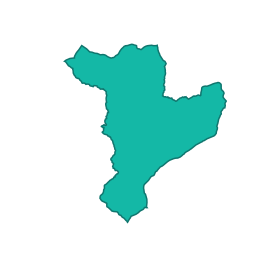 outline of Chivor, Boyacá, Colombia, rotated 22°
{"feature_id": "7082276B38103327022456", "entity_name": "Chivor", "entity_type": "district", "adm_level": 2, "iso_a3": "COL", "parent_name": "Colombia", "parent_adm1": "Boyacá", "projection": "robinson", "projection_center": [-73.366, 4.86], "detail": "fine", "context": "isolated", "style": "filled", "palette": "teal", "viewbox_px": 256, "rotation_deg": 22, "n_neighbors": 0, "source": "geoboundaries", "source_scale": "gbopen_adm2", "svg_char_len": 5806}
<svg xmlns="http://www.w3.org/2000/svg" viewBox="0 0 256 256"><g transform="rotate(22 128 128)"><path d="M210.2,73.1L209.7,70.6L208.9,69.4L208.8,69.1L208.7,68.2L209.0,66.3L208.8,66.1L206.9,65.2L204.8,64.0L204.2,62.8L204.0,61.3L204.1,60.1L203.5,59.1L202.6,58.4L200.3,57.4L199.4,56.0L198.5,53.8L197.9,52.6L196.1,51.9L195.2,51.9L194.3,52.1L193.7,52.7L192.0,53.8L190.3,55.2L188.4,57.2L185.6,59.7L184.2,60.1L183.3,60.6L182.1,61.5L181.4,62.7L181.5,63.6L182.0,65.2L182.4,68.0L182.8,69.1L183.2,70.6L183.0,70.9L182.6,71.0L181.1,71.0L180.4,71.4L179.4,72.6L178.4,73.3L178.1,73.5L177.8,73.4L177.3,73.8L176.7,73.9L175.8,75.4L173.3,78.5L172.5,78.4L172.0,78.1L171.5,77.9L170.5,77.9L170.1,77.3L169.6,77.7L169.0,77.8L168.9,78.3L168.5,78.7L168.1,78.9L167.4,78.6L167.0,78.8L166.0,80.2L165.2,80.6L165.0,80.8L164.2,82.4L163.8,82.8L163.1,84.5L162.5,85.1L162.1,85.3L161.3,85.0L160.4,85.0L160.2,84.8L159.7,85.0L159.3,85.0L158.7,84.7L158.2,84.8L157.6,83.9L156.9,84.0L156.0,84.7L154.8,84.5L154.1,85.0L153.9,84.9L153.6,84.3L153.2,84.3L153.0,84.6L152.5,84.9L151.7,85.0L151.4,85.1L151.0,85.0L150.0,85.5L149.3,85.5L148.1,85.2L148.3,84.7L148.1,84.2L147.6,83.5L147.6,83.0L147.5,82.2L147.8,81.3L147.4,80.2L147.4,79.7L147.9,79.0L147.8,78.8L147.3,77.9L147.0,77.7L146.5,75.9L145.2,75.5L145.2,74.8L144.7,74.0L144.7,73.3L144.9,72.8L144.8,72.0L144.2,70.5L143.4,69.8L143.5,68.7L143.4,68.1L142.7,67.2L142.5,64.0L142.2,63.0L141.8,62.4L141.1,61.1L141.1,60.7L140.8,60.3L140.4,59.4L140.0,59.1L139.4,57.9L138.8,57.5L139.2,54.8L139.2,54.0L137.3,52.4L135.7,52.2L134.9,51.9L130.4,48.7L129.3,47.3L128.0,46.2L126.8,44.7L126.2,43.9L125.3,42.0L124.8,41.6L124.1,40.4L123.8,40.7L122.4,41.5L120.5,42.2L119.0,42.4L116.5,43.7L115.1,44.5L113.7,45.7L112.5,47.2L110.9,50.3L110.2,50.5L109.0,50.4L107.6,50.8L106.8,50.7L106.3,50.4L105.7,49.8L105.2,48.6L104.9,48.5L104.5,48.4L102.7,48.7L101.3,48.7L100.1,49.0L99.1,49.7L96.6,51.8L95.0,52.6L93.8,53.8L93.6,54.5L92.4,57.0L91.7,59.7L91.4,62.7L90.9,63.9L89.5,65.6L89.0,67.0L88.3,68.1L87.7,68.3L86.2,69.5L83.7,69.6L81.9,69.4L80.0,68.9L78.6,69.0L77.2,69.3L75.0,70.5L71.6,70.4L69.2,71.1L66.3,71.2L63.9,71.8L59.9,70.1L54.2,68.9L53.1,74.1L52.4,76.1L51.9,78.2L51.6,81.5L51.8,82.6L52.1,83.1L48.1,85.3L45.1,88.3L44.2,89.9L44.8,89.9L45.8,90.2L49.5,92.6L51.4,92.8L52.9,93.4L53.6,93.5L54.5,93.4L54.9,94.5L55.6,95.3L56.7,97.6L58.7,99.4L59.5,99.6L60.6,100.6L61.1,100.8L62.7,100.9L63.5,100.6L64.6,100.9L65.4,101.6L67.4,102.3L67.6,102.6L68.5,103.5L69.0,103.5L70.5,102.8L71.1,102.8L71.7,102.8L72.2,103.2L72.7,103.3L73.4,102.7L74.5,102.3L75.4,102.2L76.0,102.2L76.3,102.4L76.6,102.9L77.1,103.1L79.4,102.7L79.8,102.8L80.3,102.7L80.4,102.3L80.4,101.8L80.5,101.4L83.4,100.6L84.3,101.5L86.2,101.6L86.9,101.7L87.3,102.1L87.8,102.3L88.4,102.1L89.2,101.6L89.7,101.6L90.2,101.0L90.5,101.0L90.9,101.4L91.3,101.3L91.9,101.7L92.4,101.7L94.2,102.5L94.7,104.0L95.0,104.3L95.4,105.0L96.0,105.4L96.4,107.9L96.7,108.9L97.9,111.3L98.6,112.2L98.5,112.6L98.2,113.0L98.2,113.4L98.6,114.6L99.8,116.5L100.6,117.5L100.8,118.2L102.7,118.9L102.9,119.6L103.8,120.3L104.1,121.0L103.5,121.3L103.3,121.7L103.9,124.3L103.8,124.8L103.4,125.3L103.4,125.7L104.6,126.9L104.6,127.3L103.8,128.1L103.7,128.4L104.0,129.0L103.8,129.7L104.0,130.4L104.9,131.8L106.7,133.0L106.8,133.4L105.7,134.3L105.4,134.3L105.0,134.0L104.8,134.2L104.5,134.1L104.3,134.2L104.2,134.8L104.1,135.0L103.6,135.2L103.3,135.6L103.3,135.9L102.9,136.0L102.7,136.5L102.9,136.7L103.6,136.6L104.6,136.9L105.6,136.8L105.7,137.3L105.5,137.8L106.2,139.0L106.3,140.0L106.3,140.5L105.7,141.3L105.7,141.6L106.4,142.0L106.9,142.1L107.4,142.4L108.7,142.5L111.1,142.2L111.6,142.4L112.5,143.0L113.2,142.7L113.4,142.7L114.0,143.2L114.5,143.2L115.0,142.9L115.3,143.1L116.7,144.8L117.1,145.1L117.9,145.2L118.3,145.4L120.1,147.9L121.7,149.5L121.8,150.0L123.0,151.3L123.8,152.6L124.7,153.2L125.0,153.8L124.9,155.2L125.6,157.0L125.3,158.2L124.9,158.5L124.6,159.1L124.3,161.5L123.8,162.2L123.7,162.6L123.9,163.6L124.2,164.0L125.3,164.4L125.6,164.6L125.9,165.5L126.2,165.9L127.8,166.3L128.1,166.7L128.2,169.5L128.9,170.0L129.2,170.8L129.6,170.9L130.6,170.6L132.1,172.2L132.5,172.1L133.0,171.7L133.9,171.6L135.1,172.1L135.5,172.4L135.7,172.9L135.7,174.1L135.6,174.4L135.0,174.6L134.1,176.5L133.9,177.3L134.2,177.7L134.3,178.1L134.2,178.4L133.5,178.6L133.3,179.0L133.2,180.5L131.9,181.8L131.6,182.5L130.9,183.3L130.5,184.4L129.8,185.9L128.9,188.2L128.0,189.2L127.7,189.9L127.7,190.4L128.8,192.9L128.6,194.3L129.2,196.5L129.1,198.4L127.9,200.8L127.8,201.3L127.8,201.8L128.0,202.3L128.2,202.6L128.2,203.5L129.9,204.8L131.2,205.4L132.3,205.5L134.7,205.6L135.1,205.8L136.2,205.6L136.7,206.0L137.1,207.2L137.9,208.8L138.3,209.0L139.2,209.0L142.7,210.3L144.0,211.0L146.0,210.8L148.6,210.0L149.7,209.9L150.5,210.3L151.8,211.5L152.1,211.7L153.2,211.8L154.2,211.6L154.6,212.0L156.2,212.9L157.7,213.0L158.9,213.5L160.4,214.3L162.1,214.9L162.5,215.4L162.9,215.6L163.4,212.0L163.8,210.5L163.9,208.7L167.7,205.0L169.6,202.2L169.7,201.5L170.6,200.0L172.3,198.1L172.8,197.2L173.1,195.7L173.5,195.2L174.6,195.1L175.5,194.7L174.7,194.2L173.5,190.0L172.1,186.9L169.0,182.9L167.5,182.2L165.8,179.2L165.0,178.0L164.4,176.1L164.2,175.2L164.4,174.0L166.6,168.9L167.5,164.7L168.3,163.6L169.4,162.6L169.9,161.7L169.9,158.8L170.1,158.0L170.9,157.2L171.3,155.4L172.5,152.0L174.0,150.4L174.7,149.2L177.3,144.3L178.7,142.3L181.8,139.3L183.5,138.1L185.4,137.2L187.3,135.3L188.5,133.2L188.8,132.3L189.8,131.0L190.0,129.8L191.2,127.9L191.8,127.3L193.1,125.6L193.8,124.3L194.3,123.8L197.3,118.3L201.4,113.4L202.1,112.7L202.4,111.8L203.3,111.2L205.4,108.3L210.6,103.2L211.2,102.2L211.8,100.0L211.3,98.2L211.2,95.4L210.7,94.0L209.7,93.2L209.5,89.9L208.8,86.2L208.8,85.5L208.8,84.2L209.0,83.0L208.8,82.2L208.9,81.2L209.2,80.3L209.0,79.5L208.2,78.4L208.4,76.9L208.8,75.8L209.0,74.0L209.4,73.5L210.2,73.1Z" fill="#14b8a6" stroke="#0f766e" stroke-width="1.5"/></g></svg>